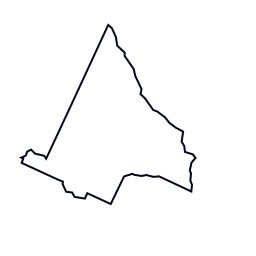 Conecuh, Alabama, United States of America (Equal Earth projection), rotated 115°
{"feature_id": "52423323B58317366123226", "entity_name": "Conecuh", "entity_type": "district", "adm_level": 2, "iso_a3": "USA", "parent_name": "United States of America", "parent_adm1": "Alabama", "projection": "equal_earth", "projection_center": [-86.986, 31.468], "detail": "fine", "context": "isolated", "style": "outline", "palette": "ink", "viewbox_px": 256, "rotation_deg": 115, "n_neighbors": 0, "source": "geoboundaries", "source_scale": "gbopen_adm2", "svg_char_len": 806}
<svg xmlns="http://www.w3.org/2000/svg" viewBox="0 0 256 256"><g transform="rotate(115 128 128)"><path d="M43.0,189.5L129.9,189.2L190.4,189.2L188.6,192.3L190.5,201.3L188.6,206.7L192.1,209.4L196.1,208.9L200.0,212.2L200.0,210.0L204.6,209.6L204.4,170.5L204.1,164.3L206.3,163.7L211.9,157.2L210.1,151.4L213.0,147.3L210.2,137.3L204.3,137.3L204.2,111.5L173.6,111.1L167.7,104.7L167.8,102.7L165.8,95.5L162.8,91.3L161.5,84.2L158.7,79.4L158.8,43.8L152.6,45.9L149.4,49.2L142.4,51.8L140.4,54.0L132.6,55.8L126.6,54.1L124.5,58.1L125.6,66.2L120.6,69.4L117.7,73.6L108.0,76.5L107.5,84.8L105.8,92.8L102.7,99.0L100.7,108.3L101.0,112.8L94.0,125.0L92.0,131.0L88.0,131.9L86.9,132.3L77.8,143.4L72.1,147.8L64.2,161.4L61.0,163.0L58.0,172.5L50.6,177.5L44.4,184.7L43.0,189.5Z" fill="none" stroke="#020617" stroke-width="2"/></g></svg>